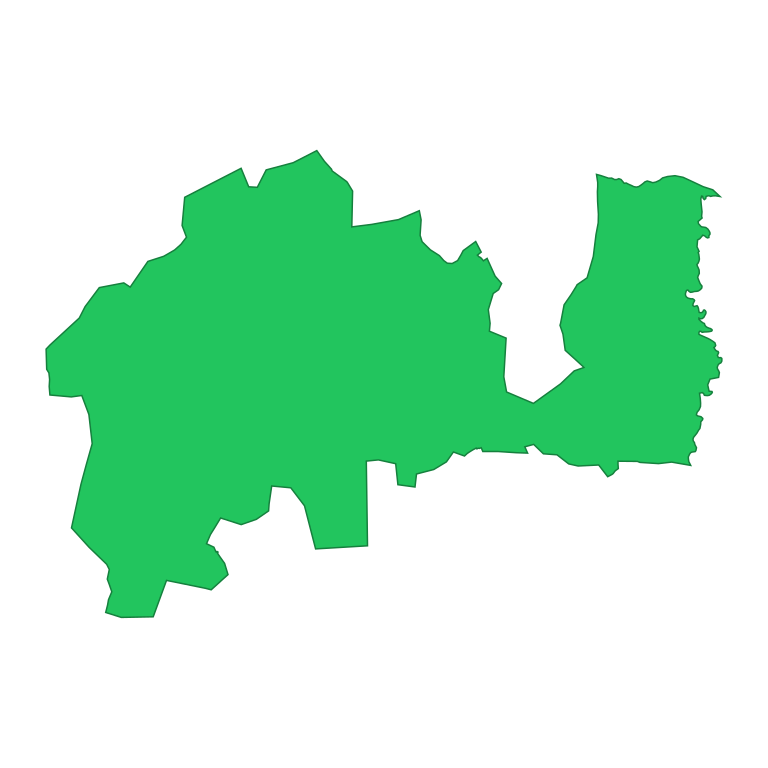 outline of Bunkure, Kano, Nigeria
{"feature_id": "59680162B46455483877403", "entity_name": "Bunkure", "entity_type": "district", "adm_level": 2, "iso_a3": "NGA", "parent_name": "Nigeria", "parent_adm1": "Kano", "projection": "albers", "projection_center": [8.684, 11.668], "detail": "fine", "context": "isolated", "style": "filled", "palette": "green", "viewbox_px": 768, "rotation_deg": 0, "n_neighbors": 0, "source": "geoboundaries", "source_scale": "gbopen_adm2", "svg_char_len": 5153}
<svg xmlns="http://www.w3.org/2000/svg" viewBox="0 0 768 768"><path d="M123.8,282.9L99.3,287.6L85.1,306.6L79.3,318.0L49.9,345.1L46.1,349.1L46.7,369.3L48.9,372.9L49.4,377.4L49.6,379.6L49.2,386.5L49.9,395.0L71.3,396.9L81.8,395.5L88.9,414.5L92.2,443.7L86.3,464.6L81.0,484.2L71.5,527.9L89.1,547.3L106.7,564.3L109.3,569.5L107.3,579.1L109.3,584.5L111.8,591.8L108.5,599.7L107.6,604.9L105.7,612.5L121.3,617.4L153.2,616.8L166.5,580.4L205.4,588.3L211.2,589.8L223.1,579.0L228.0,574.6L224.6,563.4L220.5,557.6L218.9,555.3L217.6,553.4L218.0,552.1L217.0,551.5L216.4,552.1L215.9,551.8L213.9,547.2L206.5,543.7L210.4,534.6L214.9,527.4L220.6,518.0L241.2,524.6L256.4,519.3L268.6,510.9L269.1,503.8L271.7,486.0L290.8,487.8L304.5,505.8L315.6,548.9L367.5,545.8L366.3,461.1L378.4,459.9L395.7,463.7L397.9,484.7L415.0,487.0L416.5,474.0L433.8,469.5L446.4,461.9L453.4,452.0L464.5,456.0L467.2,453.5L469.7,451.8L473.1,449.7L476.2,448.1L476.9,448.9L478.2,448.2L479.6,448.4L480.1,448.1L481.2,447.7L481.9,449.3L482.8,451.5L498.0,451.5L516.1,452.7L527.6,453.1L524.8,446.8L533.7,444.4L543.4,453.8L557.0,454.8L568.7,463.9L578.1,466.0L598.7,465.0L607.7,476.7L609.8,475.6L611.9,474.5L613.1,473.6L614.1,472.3L614.8,471.3L615.8,470.4L618.3,468.6L618.0,464.2L618.0,461.2L637.4,461.4L639.9,462.4L658.5,463.6L671.6,462.1L690.7,465.4L689.9,463.8L688.8,461.6L688.6,460.3L688.4,458.9L688.3,456.9L689.0,455.4L689.8,453.7L690.8,452.6L691.9,452.1L695.2,451.6L695.9,450.6L696.5,447.7L694.8,444.4L694.5,442.7L693.2,440.8L693.0,439.0L693.6,437.3L696.8,433.3L698.7,430.0L699.9,428.5L700.7,424.5L700.8,421.8L702.6,419.7L702.8,418.4L701.0,416.7L697.6,415.9L696.4,414.9L697.0,412.4L699.1,409.8L700.5,406.5L700.6,403.2L700.3,398.7L699.5,393.2L702.3,392.6L703.7,393.7L704.4,395.3L706.0,395.5L707.4,395.6L709.2,395.3L710.8,394.3L711.8,393.3L712.3,392.3L712.0,391.5L709.1,391.2L707.7,384.9L710.0,379.1L718.6,377.4L719.4,372.6L718.5,370.5L717.6,369.2L717.2,367.4L718.0,365.1L718.9,364.0L719.5,363.5L720.8,362.9L721.7,361.5L721.9,360.1L721.8,358.4L720.8,357.6L719.4,357.7L718.3,357.5L717.4,355.4L718.1,353.9L718.6,352.7L718.1,351.5L716.4,350.9L715.2,349.7L713.9,347.5L715.1,346.6L715.7,345.4L714.9,342.8L713.0,341.4L710.0,339.5L707.9,338.4L703.1,336.3L700.3,335.1L698.9,334.2L698.9,332.6L699.5,331.4L700.8,331.3L701.8,332.1L702.6,332.3L703.8,332.0L706.5,331.9L708.9,331.7L710.5,331.4L711.6,331.1L712.1,330.5L712.0,329.6L710.6,328.6L708.8,328.1L706.5,327.0L705.5,326.0L705.0,325.4L704.4,323.5L703.2,323.0L701.4,321.7L699.9,320.4L698.8,319.1L698.9,318.1L700.5,318.8L702.2,318.6L703.8,317.4L704.7,315.7L705.8,313.7L706.0,312.0L705.4,310.8L704.5,310.0L703.5,310.2L703.0,311.5L702.0,312.5L700.2,312.7L699.2,312.4L698.8,310.7L698.5,308.6L697.9,306.8L697.1,305.7L694.1,306.5L692.8,305.5L693.2,303.4L694.6,300.6L694.1,299.7L692.7,298.8L691.0,298.8L689.5,298.5L687.8,298.0L686.3,296.9L685.6,295.5L685.4,293.9L685.8,292.4L686.2,291.0L687.2,290.0L688.3,290.3L688.9,291.3L690.4,292.3L692.2,292.1L694.4,291.5L696.9,291.3L698.5,290.9L700.5,289.5L701.8,288.0L702.0,286.1L700.9,284.7L700.1,283.6L698.8,280.4L697.7,277.6L698.0,276.3L698.4,275.3L699.3,273.4L699.1,270.0L698.2,267.8L697.4,266.2L696.9,264.5L698.0,263.3L698.9,261.3L699.4,259.1L699.1,256.6L698.8,254.4L698.2,252.4L699.1,251.4L697.0,246.8L697.6,239.9L699.7,238.8L702.4,235.7L702.7,235.2L704.6,235.8L706.1,237.2L707.5,237.9L708.9,237.5L708.9,235.6L709.9,234.4L710.0,233.0L709.4,231.4L707.9,229.1L705.8,227.5L704.1,227.2L701.9,226.9L700.9,226.4L698.5,223.7L698.1,221.5L700.3,219.6L702.1,218.0L701.6,216.3L702.0,211.9L701.1,203.1L700.8,199.0L701.3,197.1L701.6,196.1L702.6,196.3L703.1,198.3L704.3,199.6L705.7,198.6L706.1,196.4L708.2,195.8L709.2,195.8L710.5,196.4L712.9,195.9L715.4,195.8L720.0,196.5L712.8,189.8L703.2,186.7L692.8,181.8L683.1,177.3L675.0,175.7L667.6,176.5L662.6,177.9L659.6,180.3L655.7,182.1L652.7,182.7L649.8,181.7L647.2,181.0L644.9,181.9L643.1,183.5L641.1,185.0L638.7,186.6L636.3,187.1L633.7,186.6L631.5,185.5L628.7,184.3L626.2,183.0L624.2,183.3L622.8,181.6L621.0,179.5L618.8,178.7L616.8,179.5L614.7,179.6L611.7,178.1L608.6,178.2L604.8,176.9L600.9,175.6L596.5,174.4L597.7,182.5L597.7,186.7L597.4,191.7L597.6,201.4L598.4,214.3L598.2,222.9L596.0,234.6L593.3,256.5L587.1,277.8L577.1,284.7L576.2,286.4L571.2,294.5L564.1,304.8L560.6,323.2L560.0,325.3L562.5,332.7L563.0,334.3L565.2,350.2L565.2,350.3L573.3,357.6L581.8,365.4L582.4,365.9L583.9,367.5L574.2,370.9L560.5,383.9L533.4,403.4L506.6,392.0L506.5,391.6L503.8,376.8L506.1,338.1L489.4,331.2L490.1,323.3L488.3,309.6L493.2,293.5L498.6,289.7L501.6,283.5L495.1,276.1L487.1,258.4L483.4,260.8L481.3,258.2L480.8,257.9L480.5,257.5L479.5,257.0L479.0,256.8L477.4,255.1L481.2,252.1L475.7,241.5L463.2,250.6L460.9,255.0L457.6,260.6L452.2,263.5L447.3,263.2L443.8,260.6L439.4,255.6L430.3,249.8L422.1,241.7L420.1,235.3L421.1,219.8L419.3,210.7L398.5,219.6L371.7,224.4L351.8,226.9L352.6,191.1L347.1,182.0L346.5,181.6L346.3,181.3L332.2,171.0L331.5,169.2L324.4,161.3L316.8,150.6L293.2,162.7L266.2,169.9L257.3,187.3L248.7,186.8L241.1,168.3L184.7,197.3L182.1,225.5L186.5,237.2L184.3,240.0L181.0,244.3L174.6,250.0L168.6,253.5L163.7,256.3L147.9,261.4L130.2,287.1L123.8,282.9Z" fill="#22c55e" stroke="#15803d" stroke-width="1.5"/></svg>